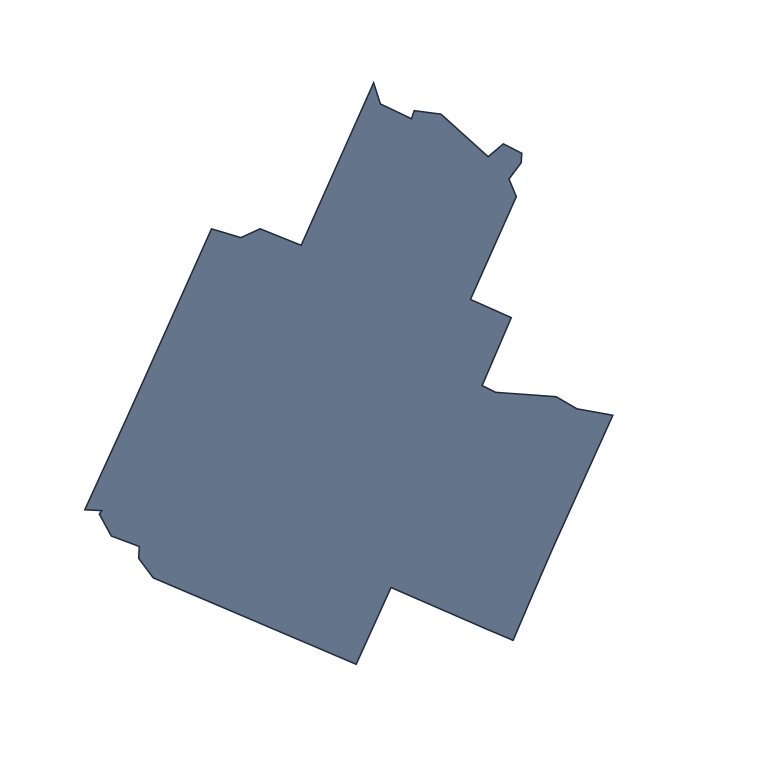 the district of Bienville, Louisiana, United States of America, rotated 114°
{"feature_id": "52423323B2528057898342", "entity_name": "Bienville", "entity_type": "district", "adm_level": 2, "iso_a3": "USA", "parent_name": "United States of America", "parent_adm1": "Louisiana", "projection": "natural_earth1", "projection_center": [-93.107, 32.366], "detail": "fine", "context": "isolated", "style": "filled", "palette": "slate", "viewbox_px": 768, "rotation_deg": 114, "n_neighbors": 0, "source": "geoboundaries", "source_scale": "gbopen_adm2", "svg_char_len": 627}
<svg xmlns="http://www.w3.org/2000/svg" viewBox="0 0 768 768"><g transform="rotate(114 384 384)"><path d="M651.4,295.4L567.1,294.8L566.2,189.8L565.7,161.8L517.9,162.5L464.9,163.0L319.5,162.2L328.2,197.8L325.6,221.5L346.2,278.7L345.5,293.7L271.6,294.7L271.6,339.4L159.0,339.3L145.9,353.2L126.2,348.7L117.2,351.9L116.1,372.7L134.0,381.3L114.3,441.7L122.0,467.6L130.5,466.8L129.6,501.2L113.0,516.0L291.0,516.1L292.6,560.3L308.5,574.3L312.4,604.7L517.7,605.2L620.6,606.2L614.5,590.3L618.6,591.2L633.8,571.3L632.0,541.5L643.1,537.2L655.0,515.9L653.6,432.9L651.4,295.4Z" fill="#64748b" stroke="#1e293b" stroke-width="1.5"/></g></svg>